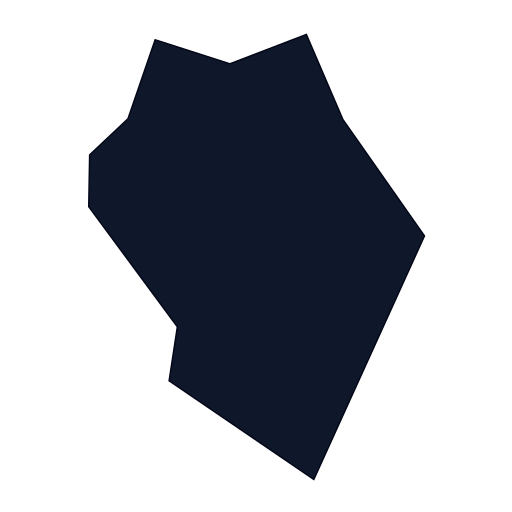 map outline of Melekeok (Albers equal-area conic projection), rotated 181°
{"feature_id": "PLW-5250", "entity_name": "Melekeok", "entity_type": "state/province", "adm_level": 1, "iso_a3": "PLW", "parent_name": "Palau", "parent_adm1": "", "projection": "albers", "projection_center": [134.62, 7.515], "detail": "fine", "context": "isolated", "style": "filled", "palette": "ink", "viewbox_px": 512, "rotation_deg": 181, "n_neighbors": 0, "source": "natural_earth", "source_scale": "10m", "svg_char_len": 313}
<svg xmlns="http://www.w3.org/2000/svg" viewBox="0 0 512 512"><g transform="rotate(181 256 256)"><path d="M340.7,129.7L333.4,183.8L424.1,302.4L424.1,354.2L386.4,391.0L360.6,470.4L285.5,447.7L209.5,478.4L171.5,394.0L87.9,279.0L194.3,33.6L340.7,129.7Z" fill="#0f172a" stroke="#020617" stroke-width="1.5"/></g></svg>